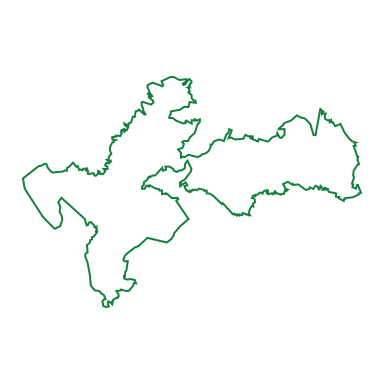 Tantima, Veracruz, Mexico
{"feature_id": "50627088B30686520493878", "entity_name": "Tantima", "entity_type": "district", "adm_level": 2, "iso_a3": "MEX", "parent_name": "Mexico", "parent_adm1": "Veracruz", "projection": "mercator", "projection_center": [-97.751, 21.414], "detail": "fine", "context": "isolated", "style": "outline", "palette": "green", "viewbox_px": 384, "rotation_deg": 0, "n_neighbors": 0, "source": "geoboundaries", "source_scale": "gbopen_adm2", "svg_char_len": 6020}
<svg xmlns="http://www.w3.org/2000/svg" viewBox="0 0 384 384"><path d="M103.3,306.0L106.2,307.0L108.9,306.5L107.9,304.0L108.1,301.5L109.2,301.5L112.2,304.3L112.7,302.0L112.0,301.9L113.2,299.8L116.9,297.5L117.7,297.9L118.7,296.1L118.5,294.2L116.4,291.0L120.6,290.5L121.1,289.5L126.3,291.1L129.1,290.7L132.8,286.1L134.1,283.0L136.0,283.4L134.8,280.0L130.6,279.0L127.5,279.6L124.2,278.5L124.0,276.0L124.9,276.2L125.2,272.0L126.3,270.8L127.8,261.2L124.7,261.3L123.3,259.8L124.7,256.1L126.4,254.1L134.6,247.6L138.5,246.0L147.4,237.9L166.8,242.5L171.1,239.2L173.8,235.2L174.1,233.3L179.8,226.6L188.5,219.0L176.2,200.9L178.3,199.1L177.6,197.8L171.9,198.2L167.3,194.0L165.8,194.2L165.8,193.3L162.0,194.2L161.9,190.4L159.2,190.4L159.2,189.2L155.2,188.4L149.8,185.3L149.0,185.3L148.9,186.6L146.3,185.6L144.7,188.8L142.0,188.8L141.8,187.2L143.9,184.6L143.9,182.2L147.2,179.8L148.7,176.9L149.4,176.6L149.4,177.4L153.1,175.4L155.2,175.4L162.2,167.8L162.9,170.7L166.1,169.6L165.4,166.7L169.0,166.5L173.1,168.7L173.8,170.7L177.1,172.0L179.3,170.3L180.9,170.6L184.6,168.6L185.2,163.7L187.5,160.7L191.4,168.9L190.8,171.6L184.9,179.4L180.1,182.3L180.0,187.2L181.5,184.3L181.9,184.8L185.7,182.4L187.4,185.3L184.4,186.1L185.9,189.8L188.0,191.4L189.6,192.0L189.7,190.7L190.9,191.5L192.3,189.8L192.9,190.4L194.7,189.6L197.0,190.3L198.8,188.7L204.0,189.8L204.4,190.9L206.7,190.6L206.7,193.3L209.7,193.6L213.1,195.7L221.8,204.0L222.5,203.0L233.0,214.3L234.4,213.6L234.9,214.8L236.9,214.5L237.2,215.4L237.9,214.5L239.3,215.4L239.5,214.5L242.0,215.2L242.7,213.0L248.8,215.3L248.8,214.4L249.6,214.7L248.7,213.4L250.1,208.6L252.0,205.9L253.3,206.5L253.0,203.8L255.0,202.0L254.6,199.2L253.4,198.0L252.0,198.1L252.6,196.2L254.0,195.3L255.3,196.1L255.6,194.9L258.1,194.4L259.6,192.7L261.3,192.6L262.6,193.6L263.9,191.0L267.2,190.2L267.0,191.3L267.9,191.1L268.0,191.9L266.9,193.2L268.3,194.2L271.9,193.3L272.7,194.2L275.1,191.2L275.8,192.4L275.3,193.5L277.2,193.2L280.8,194.8L281.5,193.8L283.9,193.9L285.1,189.9L286.3,191.1L287.9,189.7L285.6,188.8L283.1,184.1L287.9,181.8L291.5,184.2L292.8,183.8L293.1,185.0L298.2,184.4L305.8,189.9L309.1,189.0L309.9,187.3L313.3,188.9L315.5,185.8L317.8,186.8L318.7,189.4L319.5,189.3L320.5,186.0L323.0,189.0L322.6,189.8L324.1,189.7L324.6,187.9L325.7,188.1L326.0,189.5L328.6,188.7L327.7,189.6L328.9,191.9L336.1,193.4L335.9,196.7L339.2,197.1L338.8,198.2L343.7,201.0L344.3,198.7L345.2,198.9L345.6,198.0L352.5,197.4L358.7,194.6L358.6,193.5L361.0,192.8L357.8,184.8L357.0,185.0L355.9,188.5L352.4,187.2L353.2,184.5L351.9,183.8L354.1,177.1L353.2,175.6L353.6,171.0L357.1,165.2L359.0,164.2L357.5,159.5L358.1,157.0L357.5,157.2L353.7,145.9L355.7,145.7L354.5,142.8L355.6,142.5L351.8,141.1L348.8,138.1L344.7,132.8L340.5,124.0L335.2,126.2L333.1,122.7L331.5,122.4L332.0,121.7L330.8,121.3L330.9,120.4L329.6,121.8L329.3,120.0L328.0,120.4L325.3,119.1L324.7,116.3L325.7,113.6L323.5,113.3L321.9,114.3L321.9,112.5L323.2,111.3L320.8,110.0L320.5,108.1L315.5,135.2L313.5,135.0L310.4,124.3L309.1,122.7L304.8,118.4L300.7,117.5L296.9,115.4L291.2,120.4L283.9,123.3L283.2,125.0L279.0,128.5L278.6,129.3L284.6,129.1L284.5,134.6L281.4,138.0L279.7,137.6L277.3,133.1L276.8,135.8L272.4,137.3L268.0,141.6L258.8,139.0L257.9,141.5L251.2,138.5L252.8,137.5L252.8,136.4L250.3,136.2L250.4,137.1L245.3,134.9L243.6,138.7L235.2,139.5L230.4,137.4L228.7,138.1L231.8,130.4L229.2,129.2L228.3,133.1L226.4,134.4L223.9,141.0L219.4,139.5L214.1,141.2L211.8,144.8L210.5,144.7L210.7,147.0L208.6,151.1L205.4,153.5L201.6,154.4L201.3,155.4L197.6,157.1L188.5,154.8L184.5,157.2L183.2,156.7L180.9,157.6L181.0,152.9L178.1,149.5L182.5,147.9L183.9,144.0L182.2,142.1L184.0,140.9L187.9,141.2L189.8,137.5L194.8,132.9L197.5,124.6L199.9,121.8L199.8,119.3L197.0,120.6L194.8,119.2L194.8,120.6L191.7,120.2L191.7,123.6L186.2,120.6L185.4,121.3L185.6,123.1L183.2,123.5L176.2,120.7L172.8,118.0L169.3,118.0L169.3,116.4L170.8,114.0L170.8,111.4L179.9,109.8L184.4,106.7L188.4,107.1L189.6,102.1L195.9,102.8L195.4,100.7L193.5,100.3L191.6,98.2L191.6,95.0L188.5,92.6L189.7,91.6L189.0,91.0L189.2,88.5L188.0,87.8L189.9,87.5L188.8,86.1L189.9,85.5L189.7,84.2L191.5,82.5L191.5,81.2L189.1,79.0L185.1,84.2L183.5,85.0L182.8,83.7L186.6,81.2L186.3,79.2L179.3,80.0L174.1,77.1L170.5,77.0L161.5,81.2L163.2,85.2L162.5,86.3L152.7,82.6L148.0,84.8L147.3,86.6L149.4,91.9L147.9,94.0L149.2,94.7L150.3,93.6L152.3,96.2L151.0,97.0L149.3,95.4L148.8,97.4L152.8,100.4L153.5,102.4L151.0,104.6L142.5,101.8L141.7,102.2L141.6,105.0L143.3,109.0L143.1,110.3L145.5,114.3L144.6,114.6L138.9,109.6L137.7,110.9L135.7,111.3L134.7,116.9L132.8,116.7L131.2,122.3L129.2,123.0L128.4,125.7L127.6,124.4L126.1,124.7L124.4,123.5L124.7,125.1L128.1,127.6L126.8,130.1L125.7,130.0L125.0,131.0L124.9,129.4L124.0,128.9L122.6,129.8L123.0,130.9L121.5,130.2L121.1,132.0L121.8,133.1L120.3,136.1L117.4,135.5L116.5,136.5L115.6,135.8L115.3,136.8L112.2,137.1L112.4,139.3L115.5,140.1L113.5,140.9L113.7,142.0L112.3,142.6L110.1,146.8L110.0,150.7L111.3,153.8L108.9,156.6L108.6,159.6L107.0,159.8L108.1,160.8L110.7,160.6L110.9,161.6L108.6,163.5L106.8,162.7L105.2,164.6L105.5,166.0L107.3,166.4L107.6,168.5L107.5,169.1L103.6,168.9L105.3,171.1L103.0,174.1L100.0,173.8L99.8,171.9L98.1,171.0L98.0,173.7L95.8,175.8L94.3,175.4L93.6,173.1L88.3,174.1L87.6,173.5L88.3,171.3L85.9,170.4L87.3,169.0L86.9,168.3L83.0,168.9L82.3,170.2L80.5,169.5L79.2,170.0L77.7,166.1L76.5,166.8L73.0,162.6L68.9,167.1L67.0,167.9L66.8,170.8L65.1,170.4L62.9,171.5L52.7,172.5L50.7,171.4L47.9,167.9L46.4,164.1L44.7,163.8L40.7,165.9L38.7,166.1L23.0,178.4L24.4,187.2L25.6,190.1L42.8,216.7L53.7,228.0L55.0,228.7L60.1,226.2L62.3,220.0L61.7,215.7L59.6,212.0L60.3,206.9L58.3,202.2L61.4,197.8L84.6,218.7L86.7,225.4L88.0,225.1L88.9,222.7L91.0,222.1L94.1,225.2L94.3,226.8L96.4,226.6L95.5,227.8L96.9,228.8L95.9,231.4L97.2,231.4L97.1,232.2L93.8,236.6L91.7,237.3L92.1,239.3L90.2,240.2L89.7,242.8L87.0,245.1L87.6,252.3L85.4,254.0L85.1,256.2L87.5,262.3L90.0,275.6L90.8,285.7L94.8,290.4L99.5,291.1L100.7,292.9L103.9,295.0L105.5,299.2L103.8,299.6L102.4,301.3L103.3,306.0Z" fill="none" stroke="#15803d" stroke-width="2"/></svg>